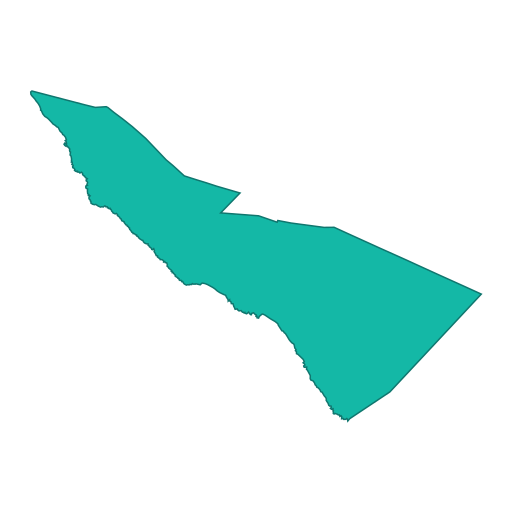 Alataua West, Vaisigano, Samoa (Albers equal-area conic projection)
{"feature_id": "51752279B81140789845654", "entity_name": "Alataua West", "entity_type": "district", "adm_level": 2, "iso_a3": "WSM", "parent_name": "Samoa", "parent_adm1": "Vaisigano", "projection": "albers", "projection_center": [-172.76, -13.559], "detail": "fine", "context": "isolated", "style": "filled", "palette": "teal", "viewbox_px": 512, "rotation_deg": 0, "n_neighbors": 0, "source": "geoboundaries", "source_scale": "gbopen_adm2", "svg_char_len": 4303}
<svg xmlns="http://www.w3.org/2000/svg" viewBox="0 0 512 512"><path d="M417.0,264.9L407.2,260.4L395.2,255.0L379.1,247.8L375.4,246.1L347.4,233.4L334.1,227.3L324.0,227.4L290.9,223.0L277.8,220.5L277.1,222.2L258.6,215.8L220.7,212.9L240.0,193.0L216.7,186.2L206.6,182.9L196.2,179.7L184.3,175.9L172.9,165.5L166.2,159.9L145.7,138.4L132.4,126.7L122.6,118.9L113.9,112.4L107.9,107.5L106.2,106.7L95.3,107.4L85.1,104.9L31.9,91.0L30.7,92.0L30.9,94.3L31.8,95.7L34.9,99.1L36.1,101.0L38.1,103.4L39.7,106.1L40.7,108.8L40.6,110.2L41.3,110.5L42.8,113.9L44.8,116.4L47.1,117.8L48.5,119.0L51.9,122.6L52.8,123.8L55.4,125.5L56.7,126.8L58.2,127.4L60.0,131.1L62.2,133.2L62.7,134.5L63.8,135.1L65.4,137.1L66.4,139.7L65.2,140.7L66.1,141.4L66.6,143.4L66.3,144.2L64.9,143.0L64.0,144.2L64.8,145.4L65.9,146.2L66.9,145.6L67.3,146.8L68.1,147.0L69.8,149.1L69.5,150.0L69.9,151.7L70.5,152.0L70.1,155.0L71.1,156.2L71.6,159.3L71.4,160.3L71.8,161.1L71.3,162.0L72.2,162.4L72.3,163.6L71.9,164.5L72.8,164.9L73.2,165.8L72.6,166.6L72.8,167.7L73.6,167.9L74.9,169.5L74.5,170.4L75.7,171.3L77.4,171.2L77.3,172.0L79.3,172.2L79.9,173.0L81.5,172.2L82.6,173.4L82.6,174.5L83.6,175.7L84.5,176.0L85.5,177.7L87.3,178.7L86.1,180.0L86.3,181.0L87.1,181.4L87.6,182.6L86.9,184.7L87.4,185.3L86.1,185.7L85.7,187.0L86.2,188.4L87.6,188.9L87.4,191.0L87.7,193.8L88.9,194.6L88.4,195.5L90.0,195.9L89.0,197.2L89.0,198.8L90.1,199.8L90.4,201.1L90.9,201.3L91.0,203.2L92.6,204.2L94.5,204.7L95.8,204.4L98.1,206.0L100.5,207.1L101.8,206.7L103.3,207.0L104.6,205.9L105.6,206.2L105.7,206.7L107.3,206.8L107.5,207.8L108.3,207.7L108.7,208.5L110.2,208.4L110.2,209.2L111.1,209.5L111.6,211.0L112.7,212.1L113.0,212.9L115.2,213.9L116.3,213.4L117.6,214.7L117.4,215.5L119.5,217.1L120.4,218.7L121.2,218.9L121.7,220.7L124.1,221.7L124.1,222.4L126.0,224.9L127.0,225.2L127.4,226.3L128.1,226.4L128.9,227.8L129.5,227.9L129.7,229.4L130.7,230.3L131.9,232.3L132.8,232.5L133.1,233.6L134.5,233.7L135.5,234.8L136.6,234.9L136.7,236.0L138.0,236.5L138.6,237.7L140.0,239.0L142.1,240.3L142.9,240.4L143.3,241.6L144.4,242.9L146.3,243.8L148.1,243.9L148.1,245.2L149.3,246.1L149.4,246.7L151.5,248.4L151.7,249.4L152.6,249.7L153.7,248.7L154.5,250.8L154.1,251.6L155.4,253.6L156.2,255.6L157.6,255.9L157.5,257.0L160.0,258.9L160.2,259.6L162.2,259.7L163.6,260.8L163.6,262.0L164.8,261.6L165.2,262.6L166.7,262.8L167.4,264.8L167.2,265.2L167.1,266.2L168.5,267.4L168.7,268.1L171.6,270.5L171.3,271.3L172.2,271.5L172.2,272.6L173.1,272.5L173.5,273.4L175.5,275.2L175.1,275.9L176.0,276.7L177.9,277.8L177.9,278.3L179.1,278.8L179.1,279.8L179.9,280.4L181.0,280.3L181.9,281.7L182.6,281.4L183.6,283.2L184.3,284.0L186.4,285.1L187.6,284.7L189.2,284.9L189.6,284.5L191.7,284.5L192.3,283.6L193.2,284.1L195.6,284.1L195.9,283.8L200.2,284.8L201.9,283.2L202.5,283.1L205.1,283.6L207.6,284.6L212.9,287.5L214.8,288.8L217.2,290.9L219.6,292.5L223.7,294.5L225.7,295.3L226.2,296.7L228.1,299.7L228.2,301.1L229.6,299.8L229.7,301.0L231.0,301.9L231.3,303.6L233.0,303.7L233.9,306.7L234.2,307.0L235.1,309.3L237.2,308.9L237.6,309.8L239.0,310.9L241.1,310.6L242.4,312.2L243.3,312.2L243.8,312.8L244.8,312.4L244.9,313.2L246.7,313.8L248.6,312.1L249.6,313.7L250.7,314.7L251.4,314.7L251.6,313.4L253.6,312.8L255.1,314.4L256.2,314.9L256.0,316.3L256.9,316.3L257.0,317.8L258.6,318.1L259.3,316.4L262.1,314.1L262.9,314.1L265.0,315.1L270.6,318.9L275.1,321.5L277.8,323.7L278.3,325.2L281.9,330.8L283.4,331.2L284.2,332.7L285.4,333.5L287.3,336.5L289.1,339.6L290.5,341.4L292.2,343.1L293.5,343.8L294.1,344.6L294.8,348.0L296.0,349.5L295.4,350.7L296.4,351.5L296.5,353.7L297.9,354.3L303.1,359.3L304.3,361.6L303.1,362.8L304.4,363.8L304.9,365.0L303.7,365.9L303.9,366.9L304.5,367.3L306.7,367.1L306.5,369.4L307.3,370.0L308.7,372.6L310.3,375.6L310.2,378.7L310.8,380.0L313.1,380.9L314.5,382.9L315.2,384.9L316.1,385.5L316.9,387.3L318.2,387.8L319.9,389.7L320.8,391.7L322.1,392.2L324.2,395.8L325.6,397.4L326.3,398.7L326.2,400.4L328.2,403.5L328.7,405.2L329.8,406.1L331.0,406.0L331.4,407.3L330.4,408.4L331.5,409.3L333.0,408.8L332.9,410.1L333.4,410.5L333.1,411.8L333.5,412.3L333.3,413.5L334.1,414.0L335.1,413.5L337.3,414.2L338.2,414.9L339.4,414.9L339.9,416.4L341.0,415.7L341.7,416.6L341.6,418.8L343.2,418.5L343.7,419.4L345.8,419.3L346.8,418.5L347.5,419.4L347.8,421.0L349.7,418.7L389.9,391.9L481.3,294.1L463.5,286.0L438.7,274.8L417.0,264.9Z" fill="#14b8a6" stroke="#0f766e" stroke-width="1.5"/></svg>